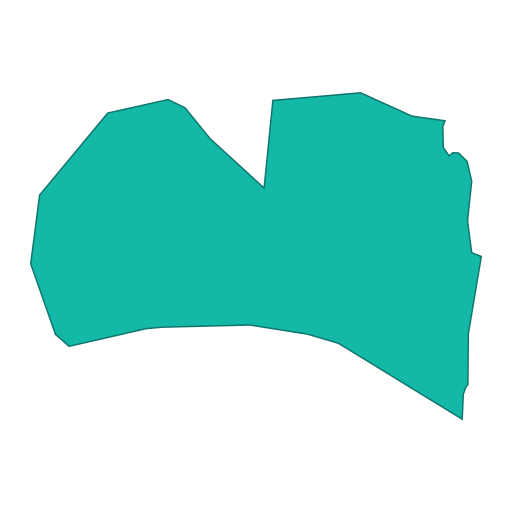 the district of Alexandria, Virginia, United States of America
{"feature_id": "52423323B39569682722717", "entity_name": "Alexandria", "entity_type": "district", "adm_level": 2, "iso_a3": "USA", "parent_name": "United States of America", "parent_adm1": "Virginia", "projection": "equal_earth", "projection_center": [-77.073, 38.815], "detail": "fine", "context": "isolated", "style": "filled", "palette": "teal", "viewbox_px": 512, "rotation_deg": 0, "n_neighbors": 0, "source": "geoboundaries", "source_scale": "gbopen_adm2", "svg_char_len": 557}
<svg xmlns="http://www.w3.org/2000/svg" viewBox="0 0 512 512"><path d="M445.0,120.8L411.9,116.1L360.5,92.8L272.9,100.4L264.1,188.1L210.1,138.7L185.1,107.9L168.6,99.8L168.0,99.6L107.8,113.0L39.6,195.1L30.7,263.8L55.5,334.4L69.0,346.3L146.3,328.6L162.1,327.2L249.8,325.0L306.3,334.0L307.2,334.1L338.4,343.3L462.2,419.2L463.3,394.1L465.8,387.5L467.9,384.6L468.3,334.1L481.3,256.5L471.7,252.7L467.5,220.8L471.7,181.2L467.1,161.4L458.7,153.1L452.9,152.6L449.1,155.9L443.3,147.6L442.8,126.7L445.0,120.8Z" fill="#14b8a6" stroke="#0f766e" stroke-width="1.5"/></svg>